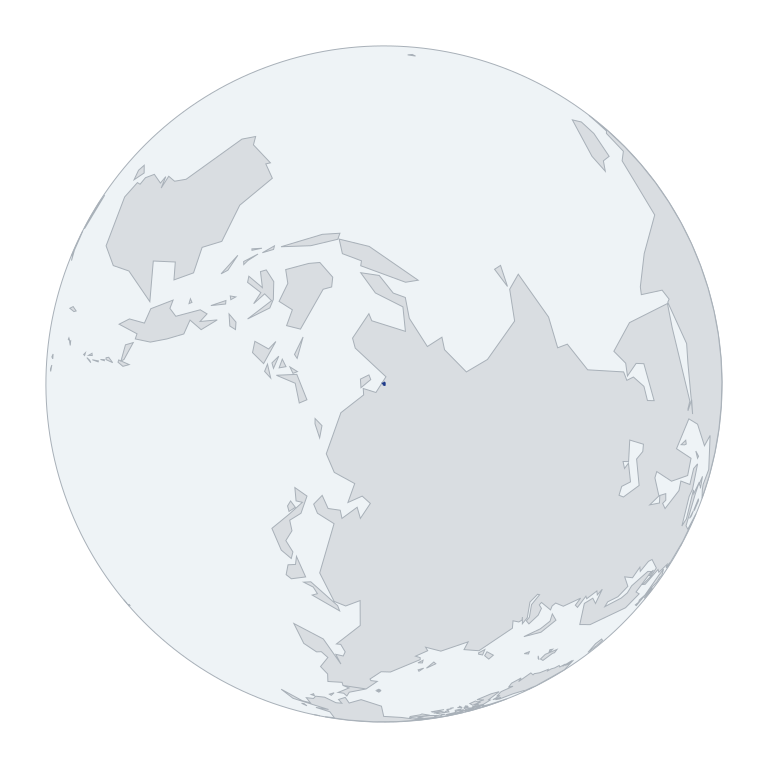 the Earth from above Hải Phòng, rotated 161°
{"feature_id": "VNM-4600", "entity_name": "Hải Phòng", "entity_type": "Province", "adm_level": 1, "iso_a3": "VNM", "parent_name": "Vietnam", "parent_adm1": "", "projection": "orthographic", "projection_center": [106.633, 20.813], "detail": "fine", "context": "on_globe", "style": "filled", "palette": "blue", "viewbox_px": 768, "rotation_deg": 161, "n_neighbors": 0, "source": "natural_earth", "source_scale": "10m", "svg_char_len": 11595}
<svg xmlns="http://www.w3.org/2000/svg" viewBox="0 0 768 768"><g transform="rotate(161 384 384)"><circle cx="384" cy="384" r="338" fill="#eef3f6" stroke="#a8b0b8"/><path d="M695.1,504.4L694.6,506.5L694.4,506.9L695.1,504.4ZM548.0,88.5L539.6,84.7L541.9,91.7L553.7,100.4L542.4,94.3L572.3,116.4L580.6,128.9L564.3,111.1L557.4,106.6L559.6,112.7L553.0,109.6L550.3,111.1L542.1,107.2L533.2,98.3L527.8,95.9L529.7,100.5L522.7,100.3L520.8,93.7L508.4,93.0L491.3,80.2L492.5,69.8L476.2,63.1L459.5,54.8L454.2,53.9L444.5,51.6L434.8,50.0L434.5,49.9L458.2,54.3L481.5,60.5L504.3,68.2L526.5,77.6L548.0,88.5ZM433.0,49.6L427.0,48.9L429.2,49.4L426.6,49.4L421.1,48.8L419.7,48.2L422.2,48.4L419.0,48.0L420.6,48.1L416.7,47.7L416.3,47.6L433.0,49.6ZM411.7,47.2L408.5,47.0L402.6,46.6L411.7,47.2ZM700.2,264.7L698.3,259.9L698.6,260.6L700.2,264.7ZM697.3,257.6L698.0,259.4L697.5,258.2L697.3,257.6ZM697.2,257.7L697.3,257.6L697.5,258.5L697.2,257.7ZM697.5,259.0L697.2,258.0L697.4,258.4L697.5,259.0ZM696.8,258.7L696.6,258.4L696.1,256.8L696.8,258.7ZM557.8,94.2L556.4,93.4L552.7,91.2L552.8,91.3L557.8,94.2ZM563.7,107.9L561.6,104.8L565.9,109.0L563.7,107.9ZM551.3,112.0L554.0,114.1L551.4,114.1L551.3,112.0ZM536.6,108.5L531.7,108.3L535.2,106.8L536.6,108.5ZM527.8,107.3L516.0,108.0L520.9,112.3L500.2,101.5L517.2,103.9L520.7,101.1L522.7,104.7L527.8,107.3ZM432.2,49.9L429.7,49.3L436.9,50.5L432.2,49.9ZM437.5,50.8L463.4,56.4L464.4,57.6L455.5,55.2L460.9,58.0L448.7,55.7L443.0,53.7L444.7,53.2L438.7,52.9L437.5,50.8ZM490.7,95.9L486.5,95.1L489.2,94.3L490.7,95.9ZM426.1,49.5L431.3,50.2L432.5,51.2L422.5,50.1L425.3,50.0L426.1,49.5ZM468.4,60.1L467.5,61.1L457.3,59.4L455.6,59.7L448.5,55.9L468.4,60.1ZM422.2,49.5L417.3,49.5L411.7,48.7L421.2,48.9L422.2,49.5ZM437.1,52.1L437.2,52.7L433.9,51.9L437.1,52.1ZM389.0,46.8L395.2,47.0L396.3,47.4L389.0,46.8ZM415.9,49.7L417.8,50.0L419.0,50.4L414.7,50.3L415.9,49.7ZM441.8,55.2L437.8,54.6L444.2,56.7L436.9,56.0L433.5,53.8L431.9,54.5L429.6,54.4L429.3,52.8L441.8,55.2ZM413.8,51.5L406.9,49.3L395.3,48.5L393.9,48.0L412.9,49.4L413.8,51.5ZM422.9,52.3L417.0,51.6L418.3,50.9L423.2,51.0L422.9,52.3ZM433.2,56.6L445.3,58.1L445.6,58.6L433.2,56.6ZM410.1,51.3L411.9,51.9L409.2,51.4L410.1,51.3ZM425.8,55.0L430.0,55.3L430.3,55.8L425.8,55.0ZM411.8,53.1L409.6,52.2L412.9,52.1L411.8,53.1ZM418.0,54.0L417.4,54.7L415.4,52.6L419.9,54.1L418.0,54.0ZM425.4,55.4L426.9,55.9L423.5,55.2L425.4,55.4ZM400.8,54.5L397.5,51.9L404.7,51.4L406.9,53.9L400.8,54.5ZM120.5,172.4L117.4,180.5L115.0,185.1L104.8,197.4L92.4,229.2L101.1,221.3L100.6,243.9L107.1,251.8L128.5,227.6L117.9,213.8L126.7,198.6L143.8,198.5L154.6,212.4L158.4,207.1L160.5,188.7L172.1,183.2L162.3,181.8L159.5,188.8L153.3,188.6L155.4,182.4L159.4,180.4L158.8,174.7L139.8,187.2L134.9,195.6L127.5,189.4L118.7,203.3L113.5,206.4L126.4,184.3L132.1,178.3L148.6,152.7L141.9,158.1L125.9,183.2L126.8,179.5L117.7,188.7L125.4,178.8L144.6,151.6L144.0,147.8L131.3,159.7L156.3,134.3L152.9,137.8L160.6,131.2L176.0,118.1L172.0,122.1L177.1,118.1L175.0,121.3L185.4,116.5L185.3,119.4L202.3,109.6L204.6,110.2L193.9,115.5L186.4,121.4L187.7,130.8L191.7,130.2L202.7,123.4L201.7,127.5L212.1,119.9L219.2,123.3L219.3,113.3L232.1,106.7L243.4,105.2L247.7,101.6L229.3,104.4L221.9,107.3L215.6,112.5L195.6,120.9L192.3,119.7L213.4,105.3L211.1,102.5L228.5,93.8L267.5,89.4L277.2,92.8L266.0,111.3L256.3,113.5L255.5,107.6L244.4,118.9L251.0,115.1L250.1,119.0L262.2,115.0L262.2,117.6L273.8,109.8L275.1,112.6L267.8,117.5L286.8,115.5L293.0,121.0L297.3,119.4L300.1,116.2L306.2,126.2L309.1,124.6L308.2,120.6L313.5,115.2L325.1,110.0L326.5,113.7L322.5,116.1L316.3,127.4L305.5,134.1L307.2,135.2L317.0,130.3L324.6,116.4L331.2,112.3L329.0,118.6L330.3,115.9L334.0,115.1L339.1,118.1L342.1,111.3L381.1,100.9L394.8,106.8L388.4,112.8L417.2,112.9L430.4,121.6L429.5,117.6L442.8,116.4L438.9,113.5L439.5,111.6L471.7,109.6L480.4,112.9L493.3,109.6L492.9,107.8L487.2,105.0L500.2,101.5L520.9,112.3L520.8,115.6L533.9,121.0L531.7,128.2L536.0,137.5L526.1,143.7L530.4,151.3L535.0,152.7L544.3,164.9L547.2,186.9L524.4,162.7L515.9,133.2L517.6,144.1L511.1,140.1L507.9,143.4L509.7,151.9L513.6,153.7L485.1,163.4L477.1,187.0L492.5,186.6L501.9,194.7L506.3,226.3L476.7,268.2L489.0,283.5L489.6,293.3L478.7,298.8L477.4,284.5L466.5,278.9L467.5,270.6L449.5,276.2L450.1,264.6L435.8,275.5L441.1,285.1L456.7,283.7L444.1,299.4L459.8,316.6L461.3,336.8L434.1,370.9L406.8,380.3L405.1,386.5L394.4,378.6L379.8,390.2L399.5,427.3L398.8,437.6L375.4,455.4L375.0,447.8L346.6,426.8L341.0,450.8L362.5,472.9L369.8,496.8L353.2,488.2L345.7,467.0L335.7,458.9L338.7,437.9L330.8,405.3L314.0,409.4L315.6,396.7L302.2,368.6L278.2,373.5L240.0,401.0L234.3,432.7L221.3,444.1L206.6,393.7L208.0,361.7L197.7,362.0L186.8,331.1L153.5,317.4L153.2,308.4L145.9,309.4L139.0,297.1L140.3,282.6L134.0,280.3L131.7,318.6L138.9,321.4L151.2,312.3L148.7,325.0L156.0,340.1L131.9,362.1L89.8,367.8L93.2,343.3L100.4,268.2L104.4,262.0L104.8,261.2L105.3,259.7L98.2,269.0L102.0,255.1L90.0,304.2L84.7,323.7L89.1,368.9L86.8,371.4L90.5,382.2L111.6,384.7L110.0,392.4L95.5,422.6L73.0,455.7L80.4,490.7L86.2,517.5L81.9,526.1L92.1,548.5L91.3,550.8L97.8,562.6L102.7,571.2L102.8,571.3L90.3,551.1L79.3,530.1L69.8,508.4L61.8,486.0L55.5,463.2L50.7,439.9L47.6,416.4L46.2,392.7L46.4,369.0L48.3,345.3L51.8,321.9L57.0,298.7L63.8,276.0L72.2,253.8L82.1,232.2L93.5,211.4L106.3,191.4L120.5,172.4ZM158.3,242.6L169.9,251.0L178.0,231.0L183.2,232.9L184.1,225.8L178.6,229.6L182.8,211.2L192.6,209.8L198.0,202.3L194.4,199.2L175.8,205.0L169.6,230.8L161.3,235.9L158.3,242.6ZM207.8,96.7L202.7,100.3L197.0,103.5L197.2,102.5L205.5,97.5L207.8,96.7ZM196.8,104.8L217.6,92.3L218.3,93.3L214.4,94.7L212.8,96.6L206.0,99.5L186.3,113.8L180.0,117.9L183.9,112.1L186.1,111.4L190.9,107.5L196.8,104.8ZM269.6,66.9L278.6,63.8L268.5,69.6L261.2,72.0L260.9,70.4L269.4,66.7L269.6,66.9ZM389.7,46.1L395.2,46.3L413.9,47.6L413.9,48.1L408.9,48.2L404.3,48.0L405.8,47.5L398.7,47.6L397.4,46.8L391.8,46.8L370.6,46.3L371.4,46.3L389.7,46.1ZM340.2,48.9L339.6,49.2L346.3,48.3L347.8,48.4L341.9,49.1L352.0,48.1L351.7,48.6L362.4,49.1L377.1,48.6L381.4,49.2L375.5,49.7L383.9,50.1L375.7,51.6L378.6,52.3L373.4,55.0L360.4,56.2L364.6,57.0L360.8,59.6L350.0,61.4L353.6,58.8L339.2,63.0L337.8,60.5L336.2,61.2L330.9,60.3L321.7,60.7L322.7,59.5L318.7,60.2L315.1,60.0L310.0,60.8L309.9,59.2L303.6,60.2L307.1,58.9L296.3,61.3L304.3,58.9L300.4,59.1L294.7,61.3L306.4,55.1L340.2,48.9ZM398.9,55.2L383.6,56.2L375.3,55.6L387.9,51.4L386.4,50.6L394.1,48.8L406.0,49.9L402.7,50.2L402.2,50.8L398.7,50.2L401.2,51.2L396.7,51.8L397.4,52.9L392.3,52.8L398.9,55.2ZM118.8,182.3L118.2,184.6L118.6,186.7L112.9,193.0L118.8,182.3ZM131.6,163.6L131.9,164.2L124.0,173.2L124.7,171.2L131.6,163.6ZM138.9,157.5L132.6,163.6L136.4,159.1L138.9,157.5ZM194.9,116.1L196.1,116.8L193.6,118.7L189.8,120.4L194.9,116.1ZM306.9,76.7L310.3,74.4L312.3,74.5L323.7,70.9L325.6,73.0L319.5,75.9L306.9,76.7ZM122.8,229.9L117.0,232.6L117.8,228.8L119.6,228.6L122.8,229.9ZM111.7,211.7L111.0,219.1L110.1,213.3L111.7,211.7ZM310.9,78.3L315.4,76.5L313.6,78.8L310.9,78.3ZM327.6,74.4L326.7,76.8L327.2,72.9L327.6,74.4ZM247.4,683.8L254.5,687.5L250.0,686.4L247.4,683.8ZM113.2,531.5L119.9,572.4L112.1,567.5L104.0,552.5L97.0,526.0L103.9,523.6L105.5,513.1L113.2,531.5ZM455.2,552.1L465.3,553.4L464.9,554.8L455.2,552.1ZM444.6,547.2L456.3,547.7L442.6,550.3L444.6,547.2ZM460.8,547.9L472.6,545.0L477.7,542.6L476.8,545.5L460.8,547.9ZM436.7,547.3L393.6,545.6L376.6,540.9L380.6,535.9L408.2,538.6L436.7,547.3ZM379.2,535.6L353.2,518.9L317.9,471.0L330.5,473.2L367.5,503.4L365.2,507.8L380.9,520.8L379.2,535.6ZM442.2,510.4L439.7,524.2L415.9,522.5L405.1,519.8L397.7,501.7L401.9,492.8L410.7,493.4L445.1,463.1L457.1,470.9L446.5,484.0L456.3,496.3L442.2,510.4ZM235.5,436.0L242.1,456.5L235.2,458.2L235.5,436.0ZM459.0,441.1L445.2,454.8L457.8,436.5L459.0,441.1ZM466.6,423.7L467.4,430.8L461.8,423.9L466.6,423.7ZM404.7,396.3L395.3,397.5L395.1,392.5L407.0,388.0L404.7,396.3ZM462.4,354.0L462.2,368.8L460.4,373.8L456.2,364.8L462.4,354.0ZM334.0,99.6L315.9,101.6L304.2,105.7L299.7,111.8L298.3,104.7L316.4,98.2L334.0,99.6ZM375.1,100.1L379.0,95.7L382.5,97.7L382.1,99.0L375.1,100.1ZM373.8,97.3L368.9,92.0L374.5,89.8L377.3,94.3L373.8,97.3ZM339.2,83.4L333.7,83.6L335.3,81.7L339.2,83.4ZM616.2,628.7L617.0,628.5L607.4,637.4L595.3,647.5L586.6,653.5L616.2,628.7ZM539.5,668.9L542.1,661.6L553.8,658.5L546.5,666.0L539.5,668.9ZM624.3,620.9L633.1,611.4L639.3,602.4L634.8,609.7L638.1,606.7L619.0,626.8L624.3,620.9ZM504.4,642.0L438.6,661.8L424.8,659.8L429.6,652.6L419.4,630.1L424.1,630.6L422.6,614.9L462.2,600.0L490.9,571.7L511.5,572.4L527.9,551.1L548.7,550.8L541.6,567.3L562.1,575.4L578.6,538.1L588.4,573.9L601.4,584.1L601.8,605.1L568.3,645.3L551.6,654.7L549.6,652.3L542.4,656.7L532.9,657.0L530.0,646.8L522.8,651.1L530.9,641.8L519.9,650.5L516.0,643.9L504.4,642.0ZM651.3,553.3L653.6,553.4L656.4,557.9L652.7,558.4L651.3,553.3ZM689.0,515.6L689.2,517.8L687.1,520.1L689.0,515.6ZM694.4,506.9L691.9,510.1L695.1,504.4L694.4,506.9ZM667.1,527.2L668.0,529.0L666.9,530.2L667.1,527.2ZM666.2,526.8L668.1,522.6L667.5,526.4L666.2,526.8ZM656.1,510.8L657.8,508.4L658.4,509.7L656.1,510.8ZM480.3,553.3L494.6,542.4L502.2,541.2L480.3,553.3ZM654.1,507.3L650.1,508.1L650.6,505.9L654.1,507.3ZM654.6,502.4L654.3,499.6L656.4,505.7L654.6,502.4ZM647.1,498.0L651.9,501.9L646.5,498.8L647.1,498.0ZM644.1,499.5L640.5,498.1L640.8,497.1L644.1,499.5ZM601.2,511.9L615.0,526.8L603.5,528.4L590.7,519.6L580.0,531.1L556.1,532.0L561.8,525.2L558.8,515.8L533.6,514.0L528.5,507.9L537.6,503.0L520.8,498.9L539.2,494.9L546.6,507.6L557.0,496.5L574.6,497.3L591.3,499.7L604.5,507.6L601.2,511.9ZM539.0,523.7L542.2,523.5L539.3,527.6L539.0,523.7ZM633.6,492.5L638.9,497.6L638.2,499.3L635.6,498.9L633.6,492.5ZM607.6,504.8L621.9,491.8L625.2,491.4L615.7,505.2L607.6,504.8ZM618.6,485.3L625.1,485.7L628.4,491.2L627.0,493.1L618.6,485.3ZM501.4,513.6L500.7,517.3L495.8,514.6L501.4,513.6ZM507.7,511.2L522.2,514.5L506.3,514.4L507.7,511.2ZM463.2,499.4L467.5,508.1L481.1,502.4L470.7,510.5L479.9,524.5L476.7,529.9L467.6,514.7L464.2,530.5L458.2,530.2L454.9,516.7L461.1,500.0L467.2,493.1L491.8,489.9L463.2,499.4ZM507.7,500.7L503.8,490.7L506.7,483.8L510.9,489.0L507.7,500.7ZM492.2,466.4L481.7,454.7L472.4,459.4L491.2,442.5L498.1,456.5L492.2,466.4ZM483.1,440.4L474.4,444.6L483.4,434.8L483.1,440.4ZM472.1,440.6L471.0,432.3L477.9,433.4L472.1,440.6ZM487.7,440.7L489.2,426.5L492.8,434.8L487.7,440.7ZM467.7,413.6L482.9,427.3L463.3,421.5L462.0,394.2L470.3,393.6L467.7,413.6ZM510.4,303.8L508.0,296.3L515.3,294.4L514.9,300.1L510.4,303.8ZM537.0,284.0L516.5,291.6L499.7,298.7L505.2,302.1L502.0,315.1L493.3,303.1L504.6,288.8L517.5,285.9L518.8,275.2L527.8,267.9L524.8,254.9L528.5,249.2L535.2,260.4L537.0,284.0ZM522.9,249.5L520.9,227.1L535.0,230.0L538.6,235.6L533.6,244.3L526.4,242.2L522.9,249.5ZM524.5,222.8L517.6,220.8L500.0,189.5L499.8,183.9L520.6,207.8L515.2,207.4L517.0,215.0L524.5,222.8ZM488.2,97.1L486.7,95.3L490.3,96.9L488.2,97.1ZM437.0,110.1L438.5,107.8L442.7,109.3L437.0,110.1ZM444.8,102.6L439.0,102.4L444.5,101.0L444.8,102.6ZM426.1,102.6L436.4,101.5L427.4,104.9L426.1,102.6Z" fill="#d9dde1" stroke="#a8b0b8" stroke-width="1"/><path d="M384.1,382.8L384.3,382.9L384.2,382.9L384.2,383.0L384.3,383.2L384.6,383.2L384.7,383.3L384.6,383.5L384.4,383.6L384.5,383.7L384.6,383.8L384.6,384.1L384.6,384.3L384.8,384.4L384.9,384.5L385.0,384.8L384.8,384.7L384.7,384.6L384.4,384.7L384.2,384.7L384.3,384.8L384.3,385.0L384.2,385.0L383.9,385.1L383.8,384.9L383.7,384.9L383.8,385.0L383.7,385.0L383.4,385.2L383.2,385.2L383.1,385.3L383.0,385.2L382.9,384.8L382.8,384.6L383.0,384.5L383.5,384.2L383.4,384.0L383.3,383.9L383.2,383.9L383.2,383.7L383.3,383.7L383.5,383.6L383.4,383.4L383.5,383.3L383.5,383.2L383.8,383.1L383.8,382.7L384.1,382.8L384.1,382.8Z" fill="#3b82f6" stroke="#1e3a8a" stroke-width="1.5"/></g></svg>